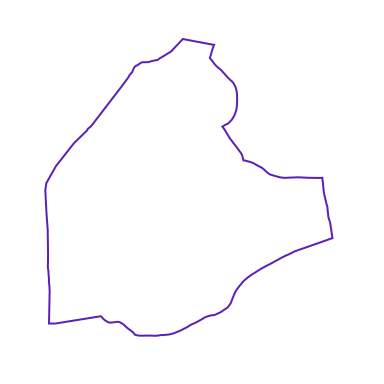 Rahabah, Ma'rib, Yemen, rotated 8°
{"feature_id": "15242507B53834737304279", "entity_name": "Rahabah", "entity_type": "district", "adm_level": 2, "iso_a3": "YEM", "parent_name": "Yemen", "parent_adm1": "Ma'rib", "projection": "robinson", "projection_center": [45.139, 14.958], "detail": "fine", "context": "isolated", "style": "outline", "palette": "violet", "viewbox_px": 384, "rotation_deg": 8, "n_neighbors": 0, "source": "geoboundaries", "source_scale": "gbopen_adm2", "svg_char_len": 5973}
<svg xmlns="http://www.w3.org/2000/svg" viewBox="0 0 384 384"><g transform="rotate(8 192 192)"><path d="M155.6,341.4L157.2,341.5L159.2,341.6L161.4,341.4L163.5,341.1L165.7,340.7L168.0,340.4L170.1,340.1L172.4,339.8L174.7,339.6L176.7,339.3L178.8,338.8L180.9,338.0L183.1,337.7L185.4,337.2L187.6,336.7L189.7,336.1L191.6,335.3L193.6,334.5L195.4,333.4L197.3,332.3L199.1,331.2L200.9,330.2L202.6,328.8L204.5,327.6L206.2,326.3L207.9,324.9L209.5,323.5L211.3,322.4L213.2,321.3L214.9,320.1L216.7,318.7L218.6,317.3L220.3,316.0L221.9,314.6L222.1,314.4L225.0,312.8L228.1,311.5L231.4,310.7L237.1,307.0L243.6,301.1L245.8,296.7L246.5,293.8L247.0,291.6L247.7,289.0L248.3,286.5L249.0,284.3L250.1,282.1L251.2,280.0L252.4,278.0L253.6,276.1L254.8,274.0L256.1,272.2L257.6,270.6L259.2,268.8L260.9,267.2L262.9,265.2L264.7,263.8L266.5,262.3L270.2,259.1L271.9,257.8L273.6,256.5L275.3,255.2L276.3,254.5L279.1,252.6L283.1,249.7L285.1,248.1L287.1,246.7L288.9,245.3L290.7,244.0L292.4,242.8L294.4,241.5L296.3,240.4L298.2,239.1L300.0,237.9L301.7,236.6L337.5,218.1L333.0,202.9L332.2,201.4L331.1,199.1L330.4,197.3L328.0,187.6L327.2,185.9L326.4,183.9L325.5,181.7L324.7,179.5L323.8,177.4L323.0,175.1L322.3,172.8L321.7,170.5L321.2,168.3L320.6,165.6L319.4,161.3L319.1,159.8L318.6,159.9L318.2,159.9L317.7,160.0L317.4,160.2L317.0,160.2L316.4,160.3L316.0,160.3L315.7,160.4L315.4,160.4L314.8,160.6L314.3,160.6L313.6,160.7L312.9,160.8L312.1,160.8L311.3,161.0L310.5,161.1L309.7,161.2L309.0,161.3L308.2,161.4L307.5,161.4L306.9,161.6L306.0,161.6L304.7,161.8L304.3,161.8L303.6,161.9L303.0,161.9L302.6,162.0L301.5,162.0L300.8,162.2L300.1,162.2L299.5,162.3L298.5,162.3L297.9,162.4L297.2,162.4L296.7,162.5L295.9,162.7L295.5,162.7L295.2,162.7L294.6,162.8L294.1,162.8L293.7,162.9L293.2,163.0L292.5,163.1L291.8,163.3L291.0,163.4L289.9,163.5L289.0,163.8L287.6,164.0L286.5,164.2L285.5,164.4L284.4,164.6L283.5,164.8L282.6,164.9L281.6,165.1L281.0,165.1L280.1,165.2L276.7,165.2L276.0,165.1L275.5,165.1L274.8,165.0L274.0,164.8L273.2,164.7L272.4,164.6L271.6,164.5L270.2,164.3L269.0,164.1L268.4,164.0L268.1,164.0L267.7,163.9L267.4,163.9L267.1,163.8L266.6,163.7L266.1,163.4L265.1,163.0L264.6,162.7L263.9,162.3L263.5,162.1L263.0,161.7L262.4,161.3L261.3,160.5L260.9,160.2L260.3,159.8L260.1,159.6L259.3,159.2L258.6,158.8L258.0,158.4L257.7,158.2L257.2,158.1L256.8,157.8L256.5,157.8L256.1,157.7L255.8,157.6L255.1,157.3L254.8,157.2L254.5,157.1L254.0,156.9L253.5,156.8L253.0,156.5L252.4,156.3L251.9,156.1L251.2,155.9L250.6,155.6L250.1,155.4L248.7,154.9L248.1,154.7L247.5,154.6L246.8,154.4L245.5,154.2L244.7,154.0L244.4,154.0L243.6,154.0L242.9,153.8L242.5,153.8L241.9,153.7L241.4,153.7L241.0,153.6L240.5,153.5L240.2,153.5L239.7,153.5L239.2,153.4L238.8,153.4L238.6,153.5L238.5,153.1L238.3,152.7L238.0,152.2L237.8,151.6L237.6,151.1L237.3,150.5L237.1,149.9L236.9,149.5L236.7,149.1L236.5,148.7L236.3,148.4L236.1,148.0L235.8,147.6L235.5,147.2L235.0,146.6L234.7,146.3L234.4,145.9L233.5,145.1L233.2,144.8L232.6,144.1L231.8,143.4L231.2,142.7L230.7,142.2L229.9,141.4L229.6,141.1L229.2,140.7L228.6,140.1L228.0,139.5L227.5,139.0L227.0,138.4L226.5,138.1L226.1,137.7L225.9,137.3L225.5,137.1L225.3,136.8L224.8,136.3L224.2,135.7L223.1,134.7L222.6,134.3L222.3,133.9L221.9,133.5L221.5,133.0L221.3,132.6L220.9,132.2L220.5,131.8L220.2,131.3L219.8,130.8L219.3,130.2L218.9,129.9L218.5,129.4L218.1,128.9L217.7,128.3L217.3,127.8L216.9,127.3L216.4,126.7L216.2,126.4L215.7,125.8L215.1,125.1L214.7,124.8L214.5,124.5L214.2,124.2L213.8,123.9L213.6,123.6L213.4,123.4L213.0,123.1L213.4,122.7L214.1,122.1L214.9,121.5L215.1,121.3L215.7,120.8L216.0,120.5L216.7,120.1L217.6,119.7L218.0,119.3L218.3,119.0L218.5,118.7L218.8,118.4L219.0,118.1L219.3,117.8L219.5,117.5L220.0,116.8L220.3,116.5L220.5,116.1L220.8,115.7L221.3,115.0L221.5,114.6L221.8,114.1L221.9,113.7L222.1,113.2L222.4,112.5L222.7,111.9L222.9,111.3L223.1,110.7L223.3,110.1L223.5,109.5L223.7,108.6L223.9,107.8L224.0,106.8L224.2,106.1L224.3,105.5L224.4,104.7L224.4,104.3L224.5,103.8L224.5,101.2L224.5,100.5L224.5,100.1L224.3,98.9L224.3,98.4L224.2,97.4L224.1,96.6L224.0,96.1L224.0,95.6L223.9,94.7L223.8,93.9L223.6,92.6L223.4,91.7L223.3,91.1L223.1,90.0L223.0,89.5L222.9,88.8L222.8,88.3L222.7,87.9L222.5,87.1L222.4,86.8L222.2,86.4L222.1,85.9L222.0,85.5L221.7,84.9L221.5,84.2L221.2,83.5L221.0,83.0L220.7,82.6L220.5,82.2L220.3,81.7L220.0,81.3L219.7,81.0L219.5,80.6L219.1,80.0L218.7,79.5L218.3,79.0L218.0,78.6L217.7,78.2L217.3,77.8L216.9,77.5L216.6,77.3L216.2,76.9L215.8,76.7L215.5,76.5L215.0,76.1L214.7,76.0L214.1,75.6L213.8,75.3L213.3,74.9L212.9,74.6L212.5,74.4L212.1,74.1L211.7,73.8L210.6,72.9L210.1,72.5L209.8,72.2L209.5,72.0L209.0,71.6L208.8,71.4L208.3,71.0L207.7,70.4L207.4,70.2L207.0,69.9L206.4,69.5L206.2,69.2L205.8,68.8L205.4,68.6L205.2,68.3L204.7,67.9L204.4,67.7L203.9,67.3L203.5,67.0L202.7,66.5L202.4,66.3L201.8,65.9L200.8,65.4L200.4,65.1L199.7,64.7L199.4,64.4L198.8,64.0L198.5,63.8L198.0,63.4L197.6,63.1L197.3,62.8L196.8,62.3L196.5,62.1L196.2,61.9L196.0,61.6L195.8,61.3L195.4,61.0L195.0,60.7L194.7,60.3L194.3,59.9L194.0,59.6L193.6,59.2L193.2,58.9L192.7,58.4L192.2,57.9L191.9,57.6L191.4,57.2L191.0,56.7L191.5,54.3L191.8,52.1L192.1,49.7L192.5,47.2L193.0,44.9L193.0,44.6L193.4,43.3L161.6,41.8L151.7,55.8L140.8,64.7L139.8,65.9L138.5,66.3L136.3,67.1L134.1,67.9L132.1,68.8L130.0,69.6L128.0,69.9L125.8,70.2L123.7,70.9L122.1,72.4L120.4,73.9L118.5,75.2L117.3,77.0L116.7,79.3L116.0,81.7L114.8,83.5L113.6,85.5L112.9,87.6L107.7,97.1L83.0,140.8L81.5,142.4L80.0,144.0L79.7,145.4L68.3,160.1L53.6,185.4L46.5,203.5L46.5,210.7L50.7,232.5L54.4,249.7L58.3,274.8L58.6,277.5L59.0,280.3L59.3,282.6L59.5,285.3L60.1,288.0L60.8,290.3L61.3,292.8L61.8,295.1L62.4,297.7L62.7,300.0L63.2,302.5L63.9,305.1L64.4,307.9L64.8,309.7L68.7,342.2L75.2,341.2L119.0,327.7L120.5,328.8L122.1,330.2L124.0,331.3L126.0,332.2L128.4,332.9L130.7,332.4L132.7,331.9L134.7,331.3L137.0,330.8L139.2,331.2L141.3,332.1L143.3,333.1L145.4,334.7L147.3,335.9L149.2,336.9L151.2,338.0L153.2,339.3L155.0,340.8L155.6,341.4Z" fill="none" stroke="#5b21b6" stroke-width="2"/></g></svg>